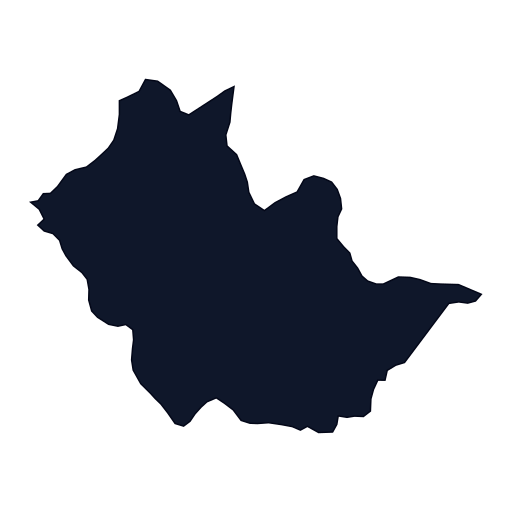 Salto, São Paulo, Brazil (Natural Earth projection)
{"feature_id": "56859067B45487526391276", "entity_name": "Salto", "entity_type": "district", "adm_level": 2, "iso_a3": "BRA", "parent_name": "Brazil", "parent_adm1": "São Paulo", "projection": "natural_earth1", "projection_center": [-47.302, -23.174], "detail": "fine", "context": "isolated", "style": "filled", "palette": "ink", "viewbox_px": 512, "rotation_deg": 0, "n_neighbors": 0, "source": "geoboundaries", "source_scale": "gbopen_adm2", "svg_char_len": 1694}
<svg xmlns="http://www.w3.org/2000/svg" viewBox="0 0 512 512"><path d="M30.7,202.2L39.2,209.2L44.2,219.1L37.8,225.1L44.2,231.0L53.0,233.6L59.6,240.3L62.2,248.8L66.0,255.8L73.4,265.8L82.0,272.6L87.2,279.3L89.0,289.5L88.7,300.0L91.7,311.0L97.6,317.3L108.6,324.3L117.9,326.2L125.8,324.5L132.8,329.7L133.6,339.9L132.5,348.7L131.6,359.9L133.2,370.1L140.8,383.7L150.2,393.0L155.4,398.7L160.9,404.0L167.7,412.8L175.1,423.5L183.6,426.1L190.0,421.3L195.0,413.9L201.1,407.1L206.9,401.8L216.3,397.8L224.4,403.2L233.2,409.9L241.1,420.4L249.9,423.2L257.3,423.5L268.6,422.7L281.6,424.6L292.3,426.6L300.4,430.1L307.4,426.3L318.6,432.5L332.6,432.0L336.8,424.4L338.2,415.9L347.0,417.3L354.5,416.1L363.4,416.5L370.4,411.1L370.9,398.9L373.5,389.4L377.8,380.1L385.0,380.2L387.2,370.4L395.7,365.2L404.5,362.5L448.8,303.4L458.7,301.9L467.7,303.1L475.5,301.0L481.3,294.3L458.5,284.6L441.0,284.1L430.9,283.6L419.9,279.6L410.2,277.4L398.3,277.0L389.8,281.0L383.2,284.1L376.4,284.1L367.6,281.0L361.9,276.0L357.6,268.1L352.0,261.0L349.8,253.1L343.7,246.9L336.8,238.6L336.8,226.5L337.9,216.8L341.6,208.9L340.5,198.5L337.2,189.4L331.6,182.1L323.5,178.4L313.8,175.9L304.1,179.6L297.1,192.0L286.2,196.8L275.1,202.7L264.4,210.6L254.4,203.9L248.8,192.3L247.3,182.1L244.7,174.2L240.3,163.7L236.6,154.7L227.0,145.9L225.8,134.9L229.9,122.1L230.7,113.1L231.7,104.3L232.9,95.0L234.0,86.6L224.8,91.0L217.3,96.4L188.8,114.9L180.1,111.4L176.5,100.7L170.3,90.2L157.6,81.2L145.5,79.5L139.1,91.4L127.1,97.3L119.4,100.7L119.4,114.5L117.6,128.7L113.8,140.2L108.3,148.2L100.2,155.8L94.9,160.6L86.4,167.1L75.2,169.7L66.4,174.4L57.5,186.6L50.4,193.4L43.3,193.7L38.2,200.8L30.7,202.2Z" fill="#0f172a" stroke="#020617" stroke-width="1.5"/></svg>